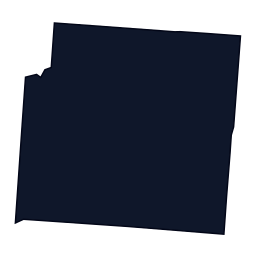 Cleburne, Arkansas, United States of America (Albers equal-area conic projection), rotated 183°
{"feature_id": "52423323B35410834026832", "entity_name": "Cleburne", "entity_type": "district", "adm_level": 2, "iso_a3": "USA", "parent_name": "United States of America", "parent_adm1": "Arkansas", "projection": "albers", "projection_center": [-92.012, 35.535], "detail": "fine", "context": "isolated", "style": "filled", "palette": "ink", "viewbox_px": 256, "rotation_deg": 183, "n_neighbors": 0, "source": "geoboundaries", "source_scale": "gbopen_adm2", "svg_char_len": 407}
<svg xmlns="http://www.w3.org/2000/svg" viewBox="0 0 256 256"><g transform="rotate(183 128 128)"><path d="M86.3,226.5L207.0,229.0L207.8,184.4L214.0,181.8L217.8,173.9L222.1,176.7L233.0,173.4L233.8,128.6L235.5,27.3L227.6,31.4L213.6,31.2L123.3,29.7L26.7,27.0L26.0,64.4L24.8,108.2L24.5,126.4L22.6,134.6L20.5,225.8L53.4,226.5L80.9,226.9L86.3,226.5Z" fill="#0f172a" stroke="#020617" stroke-width="1.5"/></g></svg>